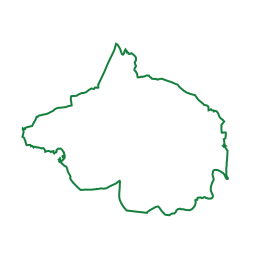 Humbang Hasundutan, Sumatera Utara, Indonesia (Natural Earth projection), rotated 186°
{"feature_id": "22746128B305851071948", "entity_name": "Humbang Hasundutan", "entity_type": "district", "adm_level": 2, "iso_a3": "IDN", "parent_name": "Indonesia", "parent_adm1": "Sumatera Utara", "projection": "natural_earth1", "projection_center": [98.603, 2.238], "detail": "fine", "context": "isolated", "style": "outline", "palette": "green", "viewbox_px": 256, "rotation_deg": 186, "n_neighbors": 0, "source": "geoboundaries", "source_scale": "gbopen_adm2", "svg_char_len": 5603}
<svg xmlns="http://www.w3.org/2000/svg" viewBox="0 0 256 256"><g transform="rotate(186 128 128)"><path d="M193.3,89.2L193.1,89.0L193.0,88.6L192.9,87.5L192.4,87.0L191.6,86.9L191.0,86.7L190.6,86.4L190.5,86.2L190.2,86.0L190.1,85.7L189.7,85.6L189.4,85.4L188.8,84.8L188.0,84.4L187.6,83.9L185.8,83.3L185.2,82.9L184.5,81.7L184.1,80.8L183.7,79.3L182.8,77.6L180.6,74.6L180.2,73.7L180.0,73.1L180.3,72.6L180.2,71.8L180.0,71.3L176.8,67.8L176.3,67.5L175.6,66.8L175.1,66.5L174.9,66.3L174.8,66.1L171.1,63.2L168.7,61.4L166.2,61.9L163.6,62.3L159.0,62.7L155.6,63.3L153.4,63.9L152.9,64.2L152.4,64.0L150.5,64.5L149.1,65.0L145.2,65.2L143.0,65.9L140.2,68.0L134.4,71.4L131.5,74.1L130.1,75.1L130.3,74.9L130.4,73.9L130.2,69.9L130.0,67.7L129.9,62.9L129.7,60.0L129.5,58.8L129.1,56.8L128.4,55.2L127.7,53.9L127.3,53.3L127.1,52.8L124.3,49.2L120.8,45.8L100.4,45.6L100.4,45.9L99.2,47.2L97.8,48.4L92.6,52.1L90.5,53.0L89.8,53.1L88.7,52.3L88.3,51.8L85.7,48.8L81.8,45.6L77.6,45.6L76.9,46.4L75.2,47.5L74.1,47.8L73.0,47.8L71.8,49.3L71.2,51.2L69.7,52.6L67.6,53.2L66.9,52.7L65.1,53.0L63.8,52.9L62.3,52.6L59.8,52.6L58.1,52.7L56.0,53.9L54.7,55.6L53.3,57.9L53.0,59.6L52.9,61.3L53.5,63.1L53.4,63.5L53.0,63.6L52.5,63.6L51.6,63.8L51.7,65.4L51.6,65.7L51.0,66.1L50.1,66.1L49.7,66.3L48.4,66.6L48.1,66.4L47.6,66.0L47.1,66.0L46.7,66.0L45.5,66.9L44.8,67.3L44.3,67.3L43.5,66.7L42.9,66.5L42.6,66.6L42.0,66.5L40.9,66.1L37.9,66.6L37.2,67.0L36.9,67.4L36.6,68.0L36.5,69.2L36.5,69.7L36.8,70.5L37.5,71.4L38.7,73.6L39.1,74.8L39.3,75.9L39.4,77.1L39.4,78.5L39.1,79.5L39.0,80.7L38.5,82.7L37.6,84.8L37.4,85.2L37.4,85.6L37.6,86.5L38.6,89.1L39.0,90.4L39.1,90.9L39.1,91.7L38.8,94.1L38.2,95.0L37.8,95.2L36.5,95.5L35.4,95.5L34.3,95.5L33.6,95.2L32.5,94.9L31.0,94.3L30.1,93.7L28.9,93.2L27.7,92.2L26.7,90.9L26.2,89.9L25.0,88.0L24.4,87.6L23.4,87.9L23.4,88.6L24.4,89.6L24.8,90.4L25.3,91.6L25.5,92.7L25.5,93.7L25.7,95.7L26.1,97.9L26.0,99.5L26.0,101.8L26.2,103.4L26.2,105.4L26.2,107.7L26.6,115.7L28.5,118.0L29.2,118.7L29.8,119.3L30.4,119.6L30.1,118.7L30.8,119.4L31.5,120.0L29.1,120.6L30.8,121.9L30.6,122.3L30.5,122.9L30.9,124.7L31.5,126.8L31.1,126.8L30.0,128.3L30.0,129.1L30.1,132.6L30.3,133.7L30.9,133.8L31.6,133.6L32.2,133.6L33.3,133.2L34.1,133.1L34.3,133.2L34.4,133.7L34.6,134.8L35.0,136.6L35.2,137.7L35.1,139.2L35.5,140.6L33.0,144.5L34.5,145.9L36.2,146.9L37.8,148.1L39.9,151.9L41.2,153.5L42.1,154.0L43.5,154.2L44.2,153.5L44.7,154.3L45.7,154.4L46.8,154.4L47.5,155.3L49.7,154.0L50.4,157.8L52.1,158.7L54.9,159.0L55.4,159.4L55.9,160.1L57.2,160.8L58.9,162.0L60.9,163.3L64.8,167.7L66.2,167.9L67.8,168.1L69.2,168.4L70.3,168.5L71.2,169.0L72.1,169.1L73.7,169.5L75.5,170.5L77.1,171.2L77.4,171.7L79.7,173.1L81.6,174.6L82.9,176.2L86.0,177.0L90.0,178.3L92.6,178.8L96.8,179.8L99.1,180.5L100.4,180.4L102.5,179.7L103.0,179.3L103.6,179.4L104.6,179.3L105.4,179.8L106.3,179.5L107.8,179.6L108.6,179.4L109.6,179.6L110.1,180.4L111.4,180.9L111.9,181.3L112.8,182.4L113.8,182.2L115.1,182.2L115.9,181.6L117.1,180.9L118.1,180.8L119.1,180.2L120.2,180.5L121.2,179.8L123.7,179.4L124.8,183.3L125.3,183.6L125.5,183.8L125.7,184.1L126.0,184.9L127.2,185.8L127.8,186.5L127.6,187.9L127.4,188.9L127.0,189.4L126.8,189.8L126.6,189.9L126.6,190.9L127.5,192.0L127.8,193.0L128.3,194.0L127.9,194.8L127.3,195.6L127.2,196.4L127.2,197.4L127.4,198.4L127.8,199.4L129.6,201.0L131.7,202.4L132.6,202.7L133.9,201.8L135.1,201.8L135.5,202.9L136.6,203.4L136.9,203.8L137.1,203.3L138.7,205.8L139.4,204.4L139.8,201.8L140.5,200.7L140.7,200.4L141.8,200.9L144.3,206.1L146.9,209.6L147.4,210.0L148.3,209.9L148.4,210.2L148.7,210.4L149.7,204.2L151.2,200.0L154.4,191.2L157.4,181.3L161.8,168.9L162.2,168.4L161.7,165.1L163.2,164.7L163.9,165.1L164.8,164.9L165.1,164.6L165.8,163.3L168.7,163.4L170.8,161.8L173.4,159.3L175.7,158.2L177.8,157.9L181.1,155.9L181.8,155.2L183.0,154.5L186.3,154.1L187.9,153.6L188.0,152.4L188.0,150.8L187.7,150.1L187.6,149.3L187.1,147.7L186.4,144.6L188.0,144.0L190.7,143.1L192.0,142.3L196.5,141.3L197.8,141.1L199.7,140.7L201.5,139.9L203.1,138.6L204.4,137.1L206.3,136.0L208.4,134.5L210.0,133.7L210.4,133.4L213.5,132.5L215.0,132.0L216.1,131.5L218.0,131.0L218.6,130.4L219.0,129.6L220.0,129.6L220.9,126.4L222.3,123.3L223.2,121.0L223.5,120.0L224.8,119.6L225.1,119.5L227.9,118.4L228.4,118.4L228.8,118.1L229.0,117.9L230.3,117.3L230.3,116.1L230.7,116.0L231.5,116.1L232.5,116.7L232.6,115.8L232.3,115.3L232.0,114.9L231.7,114.3L231.4,113.6L231.4,113.2L231.7,110.4L232.1,108.2L231.4,108.0L230.9,107.7L230.2,107.2L229.6,105.8L229.4,105.3L228.5,104.2L228.6,103.5L228.1,102.7L227.2,100.5L226.8,100.3L226.4,100.5L226.1,100.5L224.3,100.9L223.3,100.9L223.1,100.7L222.6,99.7L222.3,99.9L222.5,99.7L221.2,100.1L219.9,98.8L219.6,99.3L218.7,99.6L217.8,99.5L217.2,99.2L216.1,99.2L216.0,99.3L215.1,99.3L213.9,99.1L212.6,98.8L211.8,98.6L210.3,99.2L209.9,99.1L208.9,98.1L208.0,96.7L207.8,95.7L206.2,96.5L204.4,96.9L203.6,96.6L203.0,96.6L202.2,96.0L201.5,96.7L199.9,97.1L200.0,96.8L200.1,96.3L199.5,95.6L198.7,95.0L197.6,96.3L197.2,96.2L196.9,96.3L196.8,96.5L196.6,96.9L196.6,97.4L196.7,98.7L195.8,99.6L195.3,100.1L194.8,100.3L193.8,100.3L193.0,100.5L192.5,100.3L191.6,99.7L190.7,98.8L190.4,98.2L190.1,97.9L189.6,97.4L189.2,97.1L189.2,96.4L189.0,95.7L188.5,95.3L188.4,94.9L188.3,94.0L188.1,93.8L188.1,93.2L187.9,92.6L187.9,92.3L188.0,91.9L188.2,91.2L188.5,90.9L188.7,90.4L188.9,90.2L189.5,89.7L189.6,89.1L189.9,88.7L190.2,88.5L190.6,88.4L191.4,88.5L191.9,88.6L192.3,89.0L192.5,89.2L192.9,89.3L193.3,89.2ZM189.8,93.4L190.1,93.4L190.2,93.1L190.1,92.9L189.8,92.3L189.6,92.4L189.6,92.7L189.6,93.1L189.7,93.3L189.8,93.4ZM192.5,90.1L192.3,90.1L192.3,90.6L192.4,90.8L192.5,90.7L192.4,90.6L192.5,90.1Z" fill="none" stroke="#15803d" stroke-width="2"/></g></svg>